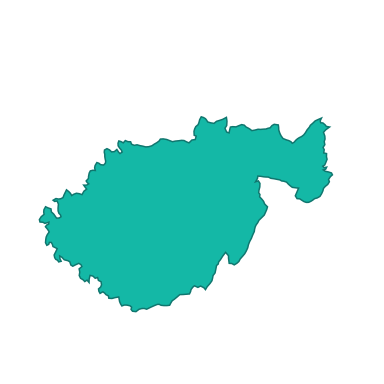 outline of Boa Vista do Cadeado, Rio Grande do Sul, Brazil, rotated 44°
{"feature_id": "56859067B11597481085294", "entity_name": "Boa Vista do Cadeado", "entity_type": "district", "adm_level": 2, "iso_a3": "BRA", "parent_name": "Brazil", "parent_adm1": "Rio Grande do Sul", "projection": "orthographic", "projection_center": [-53.842, -28.628], "detail": "fine", "context": "isolated", "style": "filled", "palette": "teal", "viewbox_px": 384, "rotation_deg": 44, "n_neighbors": 0, "source": "geoboundaries", "source_scale": "gbopen_adm2", "svg_char_len": 4930}
<svg xmlns="http://www.w3.org/2000/svg" viewBox="0 0 384 384"><g transform="rotate(44 192 192)"><path d="M103.9,206.1L104.9,208.3L106.8,210.1L109.5,210.7L112.0,210.9L114.0,211.8L113.5,214.4L111.4,214.3L108.4,213.6L108.1,216.9L106.3,219.0L103.4,219.0L100.7,219.9L99.9,222.6L101.2,224.3L103.2,225.6L104.8,227.2L106.4,228.4L108.5,229.8L109.7,231.5L109.7,234.0L107.3,235.8L105.0,236.0L103.1,236.9L103.9,240.3L105.2,242.3L107.5,243.7L105.6,245.2L104.2,247.4L104.9,249.8L106.7,252.6L108.1,254.2L108.2,257.6L110.1,258.0L112.0,257.9L111.4,260.3L109.3,262.3L111.9,262.8L114.2,263.1L113.7,266.5L114.7,270.3L112.1,271.5L109.7,273.2L108.4,276.0L108.0,278.1L105.4,277.4L103.0,277.3L100.2,277.6L101.0,280.0L101.9,282.8L103.1,285.7L102.2,288.1L100.9,289.8L98.7,291.2L97.8,294.4L99.8,294.2L101.2,292.2L104.3,293.5L106.8,296.6L108.8,298.6L111.1,299.8L113.2,299.8L115.0,300.8L114.5,303.0L112.7,304.9L110.3,304.4L107.7,303.9L104.7,304.0L102.3,302.1L99.3,303.5L96.9,304.3L97.8,307.6L99.3,309.5L101.1,310.8L100.7,314.6L101.4,317.9L103.5,319.2L105.8,317.3L107.9,316.8L109.0,315.0L110.0,313.1L111.2,314.8L110.4,316.7L110.7,318.8L113.8,319.1L117.0,319.9L117.5,323.1L118.4,325.7L119.7,327.6L121.8,330.2L124.6,331.2L125.3,329.2L124.4,327.3L125.9,326.0L128.0,326.7L129.9,327.8L132.3,327.0L134.4,326.4L135.6,329.9L136.6,333.1L138.8,334.6L140.7,335.1L142.7,334.5L144.7,334.9L146.0,332.7L143.3,331.7L141.2,329.9L143.8,329.3L147.2,329.5L150.5,327.6L152.6,327.1L155.6,328.7L157.8,328.2L158.9,325.0L160.1,322.0L162.5,321.4L164.6,322.1L164.2,325.7L166.9,327.6L168.9,330.4L171.8,331.5L174.6,330.8L177.1,330.9L177.7,328.3L180.8,328.6L178.6,326.2L176.6,322.8L179.2,321.3L182.3,321.3L183.5,319.1L186.1,320.6L188.9,319.7L191.4,321.6L192.3,323.8L192.1,326.7L194.0,328.1L196.3,328.8L197.2,325.7L199.4,325.4L201.4,325.6L204.0,324.8L206.0,326.2L208.4,324.2L209.9,321.6L212.2,318.4L214.2,319.8L216.0,321.1L218.3,322.1L220.7,322.7L221.8,320.4L223.7,318.6L226.5,316.9L228.6,316.8L229.7,318.8L232.0,319.1L234.8,317.0L235.4,313.1L236.9,310.6L238.6,308.9L240.8,307.8L242.4,303.4L243.9,299.7L245.1,297.0L246.4,295.6L248.4,295.0L250.6,293.3L252.8,291.2L254.6,289.0L253.8,286.3L253.3,283.9L253.8,281.4L254.2,277.9L254.5,274.3L256.9,271.8L261.0,267.1L260.2,264.7L259.1,262.9L258.7,260.1L258.9,257.8L262.5,256.5L263.5,253.7L267.0,252.6L269.5,252.9L268.7,249.5L268.5,245.2L268.0,242.0L266.8,239.9L265.2,237.5L264.8,234.2L263.1,231.5L260.7,227.8L260.9,225.6L259.7,223.7L259.5,221.0L258.6,216.6L258.1,212.1L262.5,212.5L264.3,214.3L268.3,217.5L270.3,215.8L273.0,215.1L273.8,212.1L274.0,209.4L273.2,206.8L273.0,202.4L272.8,199.7L272.1,197.0L270.9,193.5L269.2,190.7L267.9,187.6L266.9,184.0L265.9,181.7L265.0,179.3L264.3,177.2L262.9,175.3L261.7,173.2L261.0,171.1L260.6,168.4L259.8,165.8L259.9,162.7L260.0,158.4L258.9,155.3L258.0,152.9L256.6,150.2L254.4,150.2L252.4,150.1L250.0,149.0L247.0,148.6L244.0,148.5L242.6,146.6L240.5,146.2L239.0,144.3L237.3,141.3L234.9,138.6L232.0,137.9L230.6,140.5L229.7,136.8L228.3,134.8L230.5,133.0L233.0,131.3L234.6,130.0L236.6,128.2L239.2,127.4L241.8,125.5L244.6,123.7L246.7,122.3L248.8,121.8L250.5,120.5L253.2,119.2L255.8,119.4L258.3,119.3L260.9,119.0L263.2,117.3L266.0,115.2L269.0,123.0L272.2,123.8L274.2,122.1L276.9,121.6L279.3,121.1L281.4,120.1L283.1,118.4L284.0,116.0L284.5,113.9L284.8,111.6L286.2,109.3L287.1,106.3L286.4,103.1L285.3,100.1L284.1,98.1L284.0,95.3L284.4,92.3L283.7,89.2L281.5,88.1L280.9,84.8L281.1,82.1L279.1,81.4L276.2,82.8L273.5,84.5L271.1,84.9L272.3,82.7L271.6,80.6L270.0,82.8L268.1,82.6L268.7,80.4L267.9,78.2L266.4,74.6L264.3,73.3L262.1,70.9L259.6,72.4L257.7,69.7L255.3,68.9L254.7,65.7L252.1,63.9L250.9,61.5L248.7,59.5L245.1,57.7L245.0,54.4L245.4,52.0L245.8,49.7L243.0,51.5L241.1,51.2L238.2,51.4L236.5,52.8L234.8,51.8L233.8,48.9L232.4,52.2L231.2,55.3L231.1,58.6L230.8,61.8L231.4,63.9L231.6,67.2L232.4,70.6L232.7,73.4L232.3,76.0L231.4,78.4L230.9,80.6L230.7,82.8L230.9,85.2L230.3,87.3L228.2,87.1L225.9,87.8L223.8,88.9L220.3,90.3L217.0,89.7L214.3,88.7L211.3,87.1L209.3,85.2L207.5,83.8L205.8,85.0L204.1,86.2L203.4,88.6L203.6,91.6L202.3,93.5L201.4,95.4L199.6,97.3L197.8,99.4L195.9,101.0L194.3,103.7L192.4,106.3L190.2,106.5L188.3,106.9L185.7,107.7L183.2,107.6L180.9,109.0L179.6,111.8L178.4,114.6L175.8,116.8L174.5,118.6L176.1,121.4L177.6,123.7L175.4,124.8L173.4,124.1L171.4,123.2L170.8,120.1L168.0,116.8L164.9,114.4L163.6,118.4L162.0,121.5L160.5,124.2L160.2,127.3L157.5,129.2L154.6,130.7L152.7,130.2L150.8,129.9L148.6,130.4L146.4,131.5L147.3,134.7L148.7,137.1L149.6,139.3L149.3,142.4L150.1,144.8L151.3,147.0L154.2,149.7L156.2,148.9L157.9,152.0L155.8,154.7L155.7,158.7L153.3,159.7L150.5,160.5L148.6,162.1L146.9,164.3L144.6,167.0L143.0,169.4L137.3,171.8L134.4,173.8L132.5,175.9L132.9,178.2L132.4,181.1L131.6,183.8L131.0,186.7L129.3,189.6L127.4,191.7L124.6,193.3L122.5,194.7L119.7,196.2L118.0,198.6L115.3,199.6L112.9,198.5L111.0,200.3L108.3,201.3L108.4,204.4L105.8,205.1L103.9,206.1Z" fill="#14b8a6" stroke="#0f766e" stroke-width="1.5"/></g></svg>